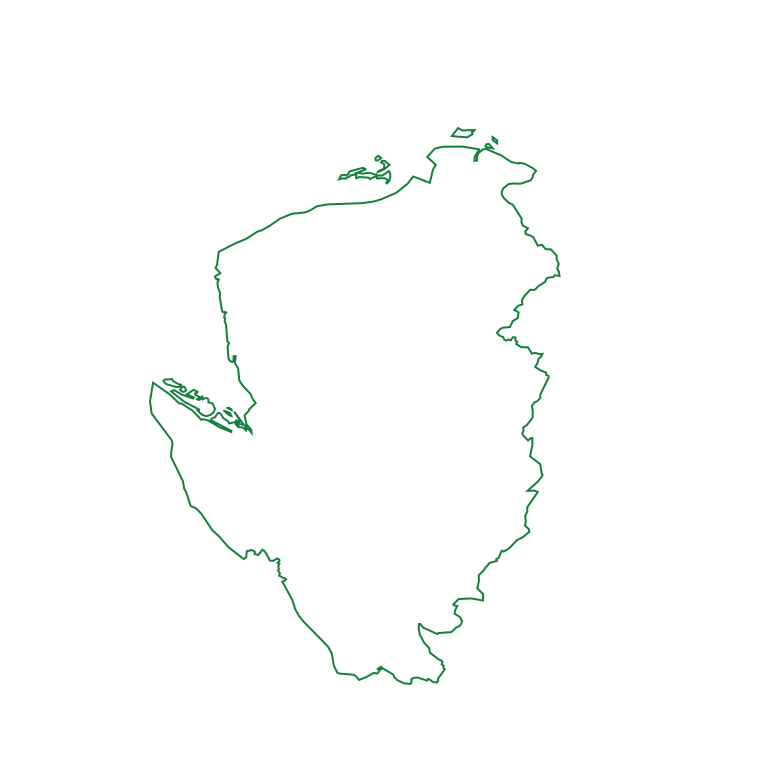 the district of Shariatpur, Dhaka, Bangladesh, rotated 214°
{"feature_id": "16705992B92388810566131", "entity_name": "Shariatpur", "entity_type": "district", "adm_level": 2, "iso_a3": "BGD", "parent_name": "Bangladesh", "parent_adm1": "Dhaka", "projection": "mercator", "projection_center": [90.365, 23.228], "detail": "fine", "context": "isolated", "style": "outline", "palette": "green", "viewbox_px": 768, "rotation_deg": 214, "n_neighbors": 0, "source": "geoboundaries", "source_scale": "gbopen_adm2", "svg_char_len": 6178}
<svg xmlns="http://www.w3.org/2000/svg" viewBox="0 0 768 768"><g transform="rotate(214 384 384)"><path d="M475.8,572.4L476.5,563.0L480.8,549.3L489.5,535.7L494.4,529.7L502.5,522.3L531.1,501.4L538.8,494.1L542.8,485.6L545.2,482.3L555.6,473.6L562.5,463.3L567.2,451.3L571.4,442.9L574.0,439.9L579.2,427.7L586.1,417.1L594.9,401.2L589.1,389.5L588.4,385.9L581.6,384.4L584.3,378.6L581.5,377.0L580.2,378.3L579.2,378.1L578.9,375.1L576.2,371.7L570.6,367.6L569.2,364.7L559.2,354.1L557.5,353.5L556.1,355.0L554.8,355.1L555.1,353.1L553.7,349.7L552.4,349.5L551.3,347.0L548.3,345.0L537.6,331.7L535.3,331.1L534.6,327.5L527.2,318.2L524.6,316.9L522.0,317.5L521.8,319.1L524.2,323.0L522.6,324.1L519.4,318.1L513.5,315.2L506.1,306.2L500.8,303.8L488.8,301.0L484.6,298.2L479.7,296.4L481.6,287.6L481.1,286.3L482.1,280.0L475.3,273.6L468.5,271.8L466.5,269.5L475.4,272.1L475.5,271.3L472.6,269.8L472.2,268.5L476.8,268.9L480.9,266.8L483.2,267.5L481.4,268.2L482.1,269.1L486.5,268.8L490.4,264.7L492.4,265.9L498.0,265.8L502.2,267.8L504.5,268.0L505.6,266.6L505.4,262.3L507.6,258.8L507.3,257.2L484.3,259.8L483.8,258.8L495.9,256.2L509.5,255.4L514.4,253.6L515.3,252.1L527.6,254.9L541.0,254.6L542.8,253.3L556.0,255.6L576.2,256.0L568.4,238.9L560.1,229.6L528.4,218.6L525.5,215.6L522.4,208.6L519.6,204.4L496.3,190.9L490.9,185.3L487.5,183.7L476.2,174.8L470.2,175.8L463.2,174.4L444.3,166.7L435.7,165.5L421.6,161.7L403.3,160.5L402.2,160.6L401.4,163.5L404.1,168.3L403.9,169.4L402.1,170.5L401.7,172.0L398.4,172.8L397.1,172.5L396.2,170.8L392.6,171.9L392.2,178.4L390.1,178.8L386.4,177.4L379.9,173.8L376.8,175.5L375.2,179.4L372.7,179.9L371.8,179.1L372.2,176.2L370.3,176.5L369.7,173.7L367.5,171.8L367.7,170.1L364.4,168.8L363.8,166.4L356.0,167.4L356.1,165.9L357.8,163.3L339.4,153.8L331.5,147.6L325.1,144.3L317.3,141.9L283.6,135.0L276.5,131.3L268.2,122.6L261.4,118.6L258.9,119.1L247.0,125.8L244.2,126.1L239.2,124.7L234.7,131.3L230.8,139.0L228.3,139.7L227.4,141.0L227.5,143.7L229.9,144.4L228.1,148.0L227.5,147.8L227.5,145.2L226.0,147.5L213.9,148.3L211.7,146.8L207.9,145.9L199.8,147.1L194.5,150.1L194.3,151.9L196.3,154.7L194.9,157.1L192.1,159.4L182.2,162.3L182.6,163.9L181.9,164.5L176.8,164.4L173.1,166.1L173.4,168.9L174.5,169.8L174.1,181.3L176.3,182.1L176.7,183.8L179.5,183.8L179.9,186.2L182.2,186.9L184.0,186.2L195.4,186.9L199.2,190.4L206.1,192.0L214.1,196.2L218.5,200.7L220.8,204.6L219.8,205.3L215.4,203.9L200.0,206.5L199.7,207.9L189.4,216.0L187.8,223.1L186.2,225.0L185.9,228.4L186.7,231.1L190.7,233.3L197.1,233.0L198.7,237.1L199.1,240.9L202.5,239.5L203.2,240.0L201.9,247.4L191.5,255.2L180.9,259.8L184.3,265.3L192.4,266.7L195.1,273.6L198.5,278.6L197.2,284.7L197.2,289.8L196.5,290.9L196.8,294.3L191.5,300.5L193.0,301.7L191.7,303.9L193.2,311.5L191.1,312.0L188.4,317.4L186.4,329.1L183.4,334.2L180.8,342.7L183.0,344.7L188.1,345.5L189.4,349.0L193.2,353.6L194.0,358.7L196.3,361.9L196.1,380.4L199.2,379.9L205.3,375.7L201.8,389.4L201.4,396.5L201.9,397.6L203.0,397.7L209.6,404.8L222.4,405.7L226.9,416.5L230.8,422.1L231.9,421.4L233.0,417.7L240.1,419.3L241.8,420.5L242.4,423.5L244.3,425.7L242.6,429.6L242.0,439.2L246.1,445.5L249.1,448.3L248.9,453.2L247.2,455.6L246.6,460.1L248.4,462.2L251.2,481.9L252.5,482.7L254.5,482.2L256.1,484.1L262.2,482.8L268.2,482.7L268.6,487.8L270.1,491.1L269.0,494.9L269.5,497.5L271.1,496.0L276.4,494.2L278.3,491.8L285.1,494.9L291.1,491.2L296.7,491.2L297.3,493.5L299.4,493.6L301.2,496.1L303.4,494.7L303.3,491.0L305.5,490.6L307.0,488.3L308.9,487.9L311.5,489.5L315.5,488.7L318.9,489.6L318.4,494.7L317.1,496.9L311.4,501.7L312.4,508.3L309.9,513.6L312.5,518.6L317.4,518.2L316.5,523.9L313.8,527.4L316.6,530.8L316.8,535.3L315.5,543.9L312.2,545.9L311.3,547.5L310.8,551.4L307.6,558.7L308.2,561.8L307.7,563.7L303.4,567.4L303.2,569.7L298.9,571.7L301.7,574.8L304.8,576.3L306.2,581.2L310.3,583.7L312.7,587.0L320.9,588.9L325.4,586.2L330.9,587.7L333.8,584.7L342.1,589.0L345.1,589.1L350.4,587.5L352.1,589.4L351.7,593.6L357.5,592.9L360.5,594.9L362.4,598.1L377.6,604.7L381.8,604.0L389.2,605.3L392.1,606.9L393.8,609.1L394.5,612.8L392.7,619.1L389.4,622.2L382.7,626.5L376.3,634.9L376.3,638.4L377.4,641.3L377.1,645.8L381.6,646.1L390.5,645.3L395.5,643.0L395.5,642.1L402.7,639.2L414.9,639.0L431.0,635.9L433.2,633.8L434.9,628.0L434.3,624.9L431.9,621.2L433.9,619.6L436.0,623.5L436.1,631.4L436.8,631.6L452.0,624.5L467.9,613.6L473.5,607.6L475.1,596.4L463.7,594.7L463.2,588.8L458.5,576.4L475.8,572.4ZM523.3,259.5L522.7,258.7L523.8,257.8L521.2,257.2L517.3,256.9L513.4,257.8L510.7,261.1L509.4,265.0L510.2,268.9L515.2,272.0L519.4,270.6L520.7,272.8L522.3,273.4L524.2,272.5L525.7,269.8L526.6,270.0L527.7,272.9L527.8,268.2L528.6,267.2L530.5,266.9L528.9,270.2L534.3,269.5L535.4,270.5L534.0,272.5L534.3,273.4L538.6,272.6L541.7,265.3L534.1,266.5L534.2,265.2L544.9,262.3L554.7,261.5L556.4,258.8L539.1,257.6L523.3,259.5ZM533.8,535.2L536.2,533.0L535.7,528.6L533.8,530.9L530.1,533.3L530.4,534.3L528.8,535.8L528.0,538.8L524.5,542.0L523.7,541.9L522.8,539.4L521.6,539.3L520.5,541.6L511.9,546.6L510.3,546.1L507.3,550.9L505.7,551.5L504.8,550.5L498.3,555.2L495.3,554.9L493.8,555.6L494.7,552.2L493.7,552.0L493.2,555.0L494.5,559.0L496.6,562.0L499.0,563.3L501.8,556.0L505.5,553.5L514.0,551.1L519.0,546.7L524.5,544.0L519.5,551.2L519.6,551.9L522.5,551.3L531.1,541.4L531.7,539.6L530.7,538.2L532.1,535.7L533.8,535.2ZM466.3,627.5L453.1,634.9L450.3,640.5L452.2,642.4L451.0,643.5L451.0,645.2L460.8,638.0L465.7,637.6L466.3,627.5ZM552.9,269.1L559.9,268.5L562.5,269.5L568.4,264.9L568.7,263.6L567.9,262.7L564.2,262.2L555.3,265.1L552.6,266.5L551.2,269.4L552.1,270.0L552.9,269.1ZM508.2,569.4L510.4,567.8L510.4,566.1L506.6,566.3L504.9,563.6L505.0,561.5L507.7,557.3L507.6,556.4L503.9,562.3L501.9,568.7L508.2,569.4ZM487.0,271.1L481.2,270.3L477.0,271.7L492.8,277.4L482.6,273.1L482.7,272.0L487.0,271.1ZM431.1,641.7L433.1,640.1L432.9,637.8L431.3,637.7L425.7,640.1L431.1,641.7ZM548.6,269.8L550.0,266.9L549.8,265.0L546.3,265.0L544.8,266.7L544.6,268.3L547.5,270.0L548.6,269.8ZM516.4,570.0L517.5,566.4L516.0,564.9L514.2,565.8L512.7,569.7L516.4,570.0ZM432.1,649.4L430.2,647.0L424.8,646.7L426.4,649.3L432.1,649.4ZM494.8,271.6L492.7,272.2L495.6,273.8L502.3,272.4L494.8,271.6ZM499.6,277.5L500.2,276.6L495.7,277.1L496.2,277.7L499.6,277.5Z" fill="none" stroke="#15803d" stroke-width="2"/></g></svg>